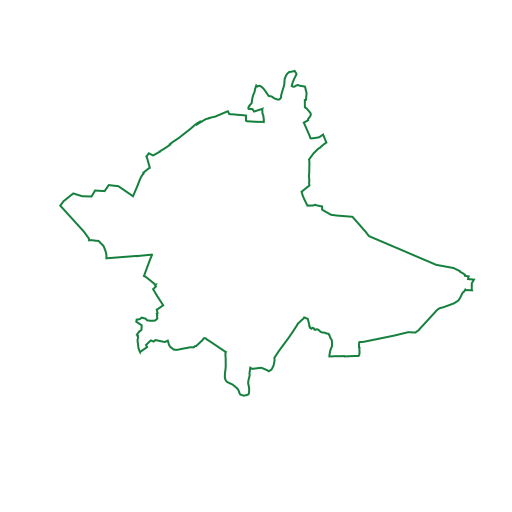 outline of Saldus, Saldus, Latvia, rotated 139°
{"feature_id": "27541924B14554073945522", "entity_name": "Saldus", "entity_type": "district", "adm_level": 2, "iso_a3": "LVA", "parent_name": "Latvia", "parent_adm1": "Saldus", "projection": "orthographic", "projection_center": [22.489, 56.666], "detail": "fine", "context": "isolated", "style": "outline", "palette": "green", "viewbox_px": 512, "rotation_deg": 139, "n_neighbors": 0, "source": "geoboundaries", "source_scale": "gbopen_adm2", "svg_char_len": 6079}
<svg xmlns="http://www.w3.org/2000/svg" viewBox="0 0 512 512"><g transform="rotate(139 256 256)"><path d="M357.1,158.8L355.8,158.0L354.3,157.2L353.0,156.7L352.5,156.5L352.1,156.7L351.3,157.2L350.3,158.1L349.3,159.1L348.2,160.4L346.6,162.8L345.9,164.4L345.3,165.2L344.7,165.9L343.5,166.9L341.8,168.2L340.8,168.8L339.2,170.0L338.4,171.0L337.8,171.8L336.4,173.0L333.6,175.4L332.9,173.3L325.5,168.3L325.1,167.8L322.5,162.5L322.0,160.6L318.9,160.1L316.0,161.2L314.0,162.2L310.4,165.1L308.9,167.1L301.0,169.3L284.4,173.0L282.2,173.6L280.8,174.0L278.6,174.5L270.6,176.8L268.9,177.5L260.4,177.7L259.9,178.0L258.2,174.6L259.9,171.1L261.0,169.1L261.8,168.0L261.7,167.4L262.3,166.8L262.3,165.9L261.8,164.7L260.6,164.8L259.8,163.6L259.8,162.5L260.2,162.2L259.9,161.6L258.9,161.0L258.1,160.8L257.3,159.3L257.0,156.4L256.4,155.1L254.1,152.6L253.7,151.3L252.4,149.9L252.3,148.7L252.7,148.3L252.8,147.4L253.8,144.8L253.9,143.0L254.9,141.5L257.8,138.1L260.0,137.0L261.6,136.2L265.3,133.3L266.5,132.1L263.6,129.6L262.9,129.2L255.9,123.2L255.1,122.7L255.1,122.2L254.1,121.3L253.0,120.5L251.8,119.5L250.6,118.6L248.3,116.7L247.5,116.1L245.8,114.6L244.3,113.4L243.7,113.3L243.2,113.6L242.8,113.7L241.1,115.3L240.1,116.6L239.0,118.0L238.3,118.7L238.0,118.9L238.2,119.5L236.2,121.7L234.8,123.1L234.4,123.2L231.9,121.1L223.5,116.3L206.6,106.8L204.0,105.3L191.0,98.6L186.0,93.7L181.2,93.2L180.5,93.6L175.4,94.1L155.4,96.4L153.2,96.4L151.3,96.0L148.5,94.5L137.7,90.4L132.4,89.6L129.4,90.5L125.0,92.4L124.3,92.6L123.0,92.8L122.0,92.6L120.1,93.3L120.1,93.0L120.1,92.8L119.9,92.5L118.8,91.5L116.0,88.9L115.5,88.4L115.2,89.1L111.1,93.8L107.0,95.2L111.1,99.5L108.9,101.1L111.3,104.0L110.6,104.9L111.1,106.5L111.1,106.8L112.4,110.5L112.1,110.9L114.8,117.3L122.1,126.5L124.3,129.2L125.9,131.3L157.7,196.9L157.3,203.8L157.5,204.8L157.4,209.7L157.5,222.3L160.6,225.5L168.0,233.0L172.3,237.8L172.6,238.7L173.9,242.3L175.6,247.2L175.7,247.6L175.5,247.9L173.6,250.0L177.2,254.7L177.6,255.8L178.3,256.1L179.4,256.4L182.6,258.9L182.5,259.0L184.1,260.4L182.9,265.0L182.2,267.6L181.2,270.7L181.2,270.8L180.8,271.6L179.5,274.6L169.3,274.2L168.7,275.5L165.7,278.6L163.5,281.8L161.6,283.5L159.5,285.8L155.1,290.7L153.2,293.0L152.7,294.0L145.4,295.7L139.5,296.1L138.8,296.1L136.4,295.7L135.6,295.9L134.1,295.8L131.4,295.8L128.5,295.4L125.9,303.0L125.7,303.6L130.5,304.2L132.5,305.4L135.8,307.5L137.0,308.4L137.6,309.0L137.4,309.9L136.9,310.9L135.4,315.6L132.4,325.3L127.6,324.2L127.0,325.1L126.6,325.3L124.1,325.7L122.5,326.3L122.1,326.6L121.5,327.2L121.2,327.7L121.1,329.5L121.0,330.9L121.0,333.7L121.1,334.3L121.2,335.0L121.6,336.1L116.8,341.7L115.8,341.1L111.0,345.7L107.9,351.7L111.4,356.0L111.8,356.8L112.2,357.6L113.1,358.0L114.1,358.3L115.5,358.5L116.1,358.7L116.7,359.2L117.2,360.0L117.5,360.9L115.0,362.6L111.1,364.6L106.2,366.6L105.9,367.1L105.4,370.4L107.5,371.3L109.2,372.4L110.2,373.1L112.1,373.1L114.5,372.7L118.1,370.9L122.6,366.5L129.9,361.9L131.7,360.7L133.1,359.2L134.5,358.8L135.8,358.9L137.0,359.8L138.3,362.0L139.1,364.2L139.3,365.5L139.6,366.2L141.4,368.4L141.1,371.7L140.9,373.0L140.8,374.0L140.6,375.9L140.6,377.8L140.7,379.2L140.8,380.0L141.5,382.0L141.8,382.2L142.6,382.6L143.8,383.0L143.9,384.5L147.2,382.6L149.2,381.0L149.6,380.7L150.2,380.4L152.3,379.4L154.1,378.3L155.6,377.2L156.9,376.1L159.0,374.2L162.2,373.9L162.4,373.5L163.0,373.5L163.7,373.3L164.4,373.0L165.0,372.3L165.1,371.9L162.3,369.2L162.7,366.3L154.7,362.9L154.9,362.8L157.7,359.2L157.8,358.9L158.0,358.3L158.1,357.8L158.3,357.3L160.3,354.3L161.3,352.9L162.3,352.0L163.4,353.4L164.1,353.8L167.1,356.5L169.3,358.6L173.8,363.0L174.4,363.6L174.8,364.7L171.4,368.6L173.2,370.5L174.7,372.1L178.0,375.4L179.2,376.7L180.3,377.9L182.1,379.6L183.1,380.7L182.2,383.5L182.3,383.7L183.0,383.9L183.1,384.0L187.7,385.5L190.5,386.4L192.4,387.1L195.1,387.8L196.8,388.8L200.9,390.9L201.0,390.7L203.4,391.9L204.0,392.2L204.9,392.4L205.3,392.5L207.7,392.9L212.9,393.8L211.5,394.4L213.6,394.8L216.3,395.0L222.0,395.0L226.6,395.2L234.3,395.6L235.8,395.6L243.7,396.6L247.7,396.9L247.8,396.3L254.2,397.1L260.2,398.1L260.3,397.8L267.7,399.4L269.5,403.8L273.4,403.0L273.4,402.5L277.1,394.7L278.3,392.2L279.3,392.5L281.5,392.6L284.8,392.7L286.6,392.7L286.8,391.9L288.7,391.7L290.7,391.1L293.0,390.1L300.3,386.3L309.6,381.8L314.1,399.0L320.6,406.1L327.7,404.3L334.5,411.0L341.1,408.8L347.9,415.1L352.9,423.1L365.4,423.6L370.7,422.4L369.9,387.2L370.7,378.5L371.7,377.3L369.7,375.8L368.6,374.6L366.9,372.6L365.0,370.8L364.5,363.5L366.5,358.0L368.3,354.8L370.4,352.4L345.8,334.2L345.9,333.9L345.7,333.8L343.9,332.6L335.3,326.5L334.1,325.5L333.9,325.3L333.7,325.3L333.7,325.1L338.9,322.5L353.7,314.4L353.3,313.6L353.0,312.7L352.7,311.7L351.7,306.1L350.8,300.6L350.3,300.2L351.3,300.0L351.6,298.6L355.4,298.5L356.8,290.9L358.4,279.7L364.2,280.3L366.1,280.6L367.8,277.4L368.7,277.6L369.4,276.0L370.1,275.7L371.5,273.5L374.6,273.5L377.9,276.1L380.4,278.9L380.4,281.1L382.7,284.5L385.1,284.6L386.4,285.3L387.8,286.3L389.5,284.9L387.7,278.8L388.4,277.9L389.3,277.1L390.9,275.4L392.0,275.4L392.9,275.5L393.5,275.7L394.3,275.4L395.5,275.3L396.8,274.9L397.3,274.8L397.6,274.7L397.3,273.5L398.0,273.1L398.1,272.4L398.4,271.9L400.0,270.7L400.7,270.1L402.1,268.2L402.6,267.3L404.8,264.1L405.3,263.1L405.7,262.3L406.0,261.4L406.3,260.4L406.6,259.3L406.0,259.6L397.9,258.7L397.4,261.0L390.8,261.3L389.4,258.6L387.0,258.5L381.3,250.9L378.1,250.0L379.8,246.3L380.4,244.0L379.5,239.4L377.4,237.1L371.4,233.7L367.7,231.5L366.5,230.9L365.2,230.0L362.9,227.9L361.5,228.1L360.3,227.3L351.7,227.6L350.1,228.0L349.1,228.0L348.0,227.0L347.7,224.4L347.4,223.9L347.2,223.4L342.4,205.5L341.7,203.3L342.4,203.1L343.5,202.0L344.5,200.7L345.8,199.0L346.8,197.7L347.8,196.6L349.0,195.2L350.7,193.2L352.8,191.0L354.2,189.8L355.7,188.4L357.3,186.9L359.1,184.9L359.6,183.9L360.2,182.9L360.5,181.2L360.4,179.7L359.8,178.5L359.3,177.1L358.4,175.4L358.0,174.0L357.7,172.6L357.4,170.7L357.1,169.0L357.1,167.7L357.2,166.5L357.6,165.4L358.1,164.1L358.6,163.0L358.6,162.3L358.7,161.7L358.3,161.1L358.0,160.5L357.5,159.7L357.3,159.3L357.1,158.8Z" fill="none" stroke="#15803d" stroke-width="2"/></g></svg>